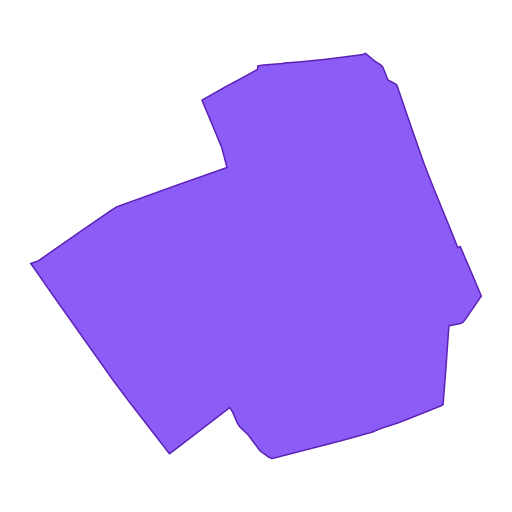 Calinesti, Teleorman, Romania (Mercator projection)
{"feature_id": "2599482B33881241213491", "entity_name": "Calinesti", "entity_type": "district", "adm_level": 2, "iso_a3": "ROU", "parent_name": "Romania", "parent_adm1": "Teleorman", "projection": "mercator", "projection_center": [25.227, 44.113], "detail": "fine", "context": "isolated", "style": "filled", "palette": "violet", "viewbox_px": 512, "rotation_deg": 0, "n_neighbors": 0, "source": "geoboundaries", "source_scale": "gbopen_adm2", "svg_char_len": 1199}
<svg xmlns="http://www.w3.org/2000/svg" viewBox="0 0 512 512"><path d="M271.9,458.6L274.6,457.9L341.7,440.6L372.6,432.0L379.3,429.0L399.2,422.5L440.9,405.9L443.1,404.6L443.7,396.5L445.4,374.8L445.7,371.8L446.2,364.0L448.9,325.9L460.4,323.5L461.7,323.0L463.2,322.0L464.0,321.0L464.8,320.1L467.9,315.6L474.6,305.8L481.3,296.1L471.7,273.2L460.2,246.5L457.7,247.5L451.7,232.3L434.3,189.9L424.6,165.3L411.4,127.5L409.1,120.8L397.1,85.8L396.4,84.5L392.1,82.1L387.8,79.8L386.9,77.4L386.2,75.6L385.7,74.3L384.5,71.3L383.7,69.3L383.1,68.0L382.7,67.0L382.5,66.6L382.1,66.2L381.2,65.3L380.3,64.6L377.9,63.1L376.7,62.4L375.3,61.5L373.6,60.1L365.5,53.4L362.6,54.6L323.1,59.6L297.4,62.1L284.0,63.0L283.1,63.5L268.3,64.6L262.7,65.1L257.9,65.9L257.5,69.4L243.8,77.0L225.3,86.9L202.0,100.1L203.5,103.9L209.9,119.1L215.2,131.8L220.1,143.7L221.8,147.7L222.3,149.7L225.1,160.4L227.0,167.5L178.7,184.5L117.0,206.7L110.9,210.5L78.2,233.0L38.2,260.9L33.3,262.6L30.7,263.5L35.0,269.5L53.2,295.7L113.4,380.7L128.4,400.7L160.2,441.8L161.4,443.4L169.5,453.8L194.2,434.9L229.7,407.6L232.6,412.0L237.1,422.6L239.8,426.9L248.0,434.7L260.0,450.8L268.5,457.0L271.9,458.6Z" fill="#8b5cf6" stroke="#5b21b6" stroke-width="1.5"/></svg>